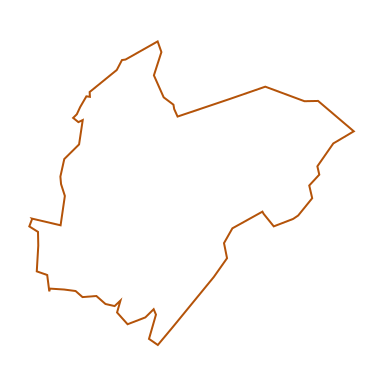 the district of Morris, New Jersey, United States of America, rotated 178°
{"feature_id": "52423323B19000754742578", "entity_name": "Morris", "entity_type": "district", "adm_level": 2, "iso_a3": "USA", "parent_name": "United States of America", "parent_adm1": "New Jersey", "projection": "orthographic", "projection_center": [-74.508, 40.868], "detail": "fine", "context": "isolated", "style": "outline", "palette": "amber", "viewbox_px": 384, "rotation_deg": 178, "n_neighbors": 0, "source": "geoboundaries", "source_scale": "gbopen_adm2", "svg_char_len": 967}
<svg xmlns="http://www.w3.org/2000/svg" viewBox="0 0 384 384"><g transform="rotate(178 192 192)"><path d="M28.2,247.0L62.8,278.6L76.4,278.8L115.1,294.7L150.5,283.8L164.2,279.7L203.8,267.9L206.9,275.5L207.5,279.9L217.0,287.6L226.0,309.9L217.7,332.9L221.1,343.7L253.8,326.7L257.4,326.3L262.9,316.6L290.8,295.5L290.7,290.7L294.2,291.3L300.8,280.8L304.4,273.7L308.2,270.2L303.1,265.8L298.7,267.7L303.2,243.5L318.5,229.4L323.0,212.0L322.6,204.5L319.2,192.5L324.5,163.3L352.9,171.0L352.7,170.7L355.8,163.3L347.3,157.5L347.5,143.8L349.9,118.1L339.6,114.1L338.1,97.7L337.3,100.4L323.2,99.0L311.8,97.1L305.1,90.8L291.2,91.4L282.4,83.1L273.3,80.7L267.3,86.0L271.1,74.2L261.0,62.1L243.0,68.3L234.4,76.2L232.3,70.7L240.1,46.7L231.5,40.3L214.5,59.3L173.1,106.4L159.3,124.6L161.8,139.8L152.9,154.3L122.3,169.9L121.2,167.7L111.5,154.8L91.8,161.6L86.7,164.8L72.1,181.6L74.6,194.4L64.2,204.9L65.8,213.3L49.1,235.6L28.2,247.0Z" fill="none" stroke="#b45309" stroke-width="2"/></g></svg>